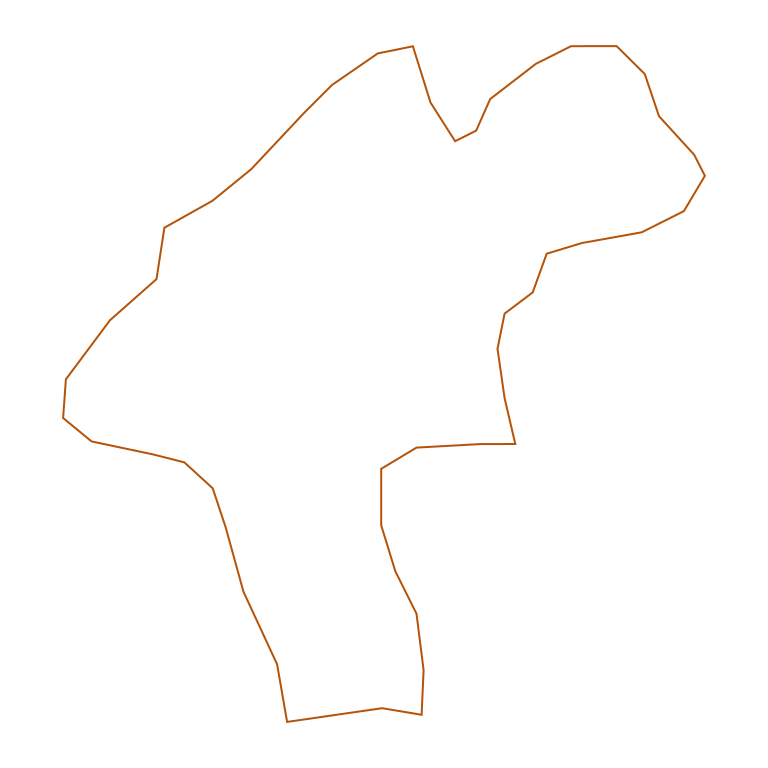 outline of Gothenburg, Västra Götaland, Sweden
{"feature_id": "70781695B76264906816615", "entity_name": "Gothenburg", "entity_type": "district", "adm_level": 2, "iso_a3": "SWE", "parent_name": "Sweden", "parent_adm1": "Västra Götaland", "projection": "orthographic", "projection_center": [12.014, 57.721], "detail": "fine", "context": "isolated", "style": "outline", "palette": "amber", "viewbox_px": 768, "rotation_deg": 0, "n_neighbors": 0, "source": "geoboundaries", "source_scale": "gbopen_adm2", "svg_char_len": 750}
<svg xmlns="http://www.w3.org/2000/svg" viewBox="0 0 768 768"><path d="M421.6,714.8L423.6,670.2L416.5,613.7L395.3,571.2L381.2,525.3L381.2,468.8L416.5,447.6L480.0,444.1L513.8,444.0L515.3,444.0L504.6,398.2L497.5,348.8L504.6,313.6L532.7,292.4L546.7,253.7L581.9,243.0L641.7,232.3L660.2,223.0L683.9,211.1L704.9,175.8L694.2,154.8L659.0,116.2L644.8,74.1L616.6,46.1L613.9,46.1L571.0,46.2L535.9,63.8L490.2,99.0L476.2,130.6L455.1,141.2L430.5,102.5L413.5,48.2L412.9,46.3L377.8,53.4L332.1,84.9L304.0,113.0L251.2,169.2L212.4,200.8L164.4,227.7L156.5,279.1L110.0,320.2L65.9,379.3L63.1,418.0L91.5,441.4L153.4,454.5L184.4,462.4L212.7,488.3L225.6,527.1L243.5,591.8L277.1,664.3L287.1,721.9L382.0,708.2L421.6,714.8Z" fill="none" stroke="#b45309" stroke-width="2"/></svg>